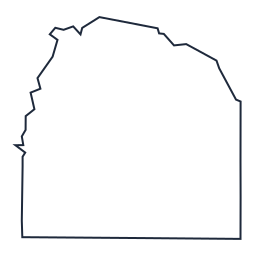 Franklin, Tennessee, United States of America (Natural Earth projection)
{"feature_id": "52423323B14887916577192", "entity_name": "Franklin", "entity_type": "district", "adm_level": 2, "iso_a3": "USA", "parent_name": "United States of America", "parent_adm1": "Tennessee", "projection": "natural_earth1", "projection_center": [-86.154, 35.175], "detail": "fine", "context": "isolated", "style": "outline", "palette": "slate", "viewbox_px": 256, "rotation_deg": 0, "n_neighbors": 0, "source": "geoboundaries", "source_scale": "gbopen_adm2", "svg_char_len": 538}
<svg xmlns="http://www.w3.org/2000/svg" viewBox="0 0 256 256"><path d="M216.5,60.6L186.2,44.1L174.0,45.4L163.8,33.9L159.1,33.4L157.6,28.3L99.4,17.1L82.2,27.9L80.5,34.4L73.2,26.4L63.6,29.8L55.3,27.8L49.8,34.3L57.5,39.9L52.6,56.7L37.5,78.1L40.4,88.7L30.6,92.6L34.4,109.2L25.7,116.1L25.6,129.9L21.8,136.4L23.3,145.1L15.4,145.2L25.2,152.6L22.6,156.7L22.6,166.2L21.8,220.7L22.3,237.2L25.9,237.2L145.6,238.1L240.5,238.9L240.6,197.3L240.5,160.5L240.6,101.5L236.0,99.6L219.2,68.3L216.5,60.6Z" fill="none" stroke="#1e293b" stroke-width="2"/></svg>